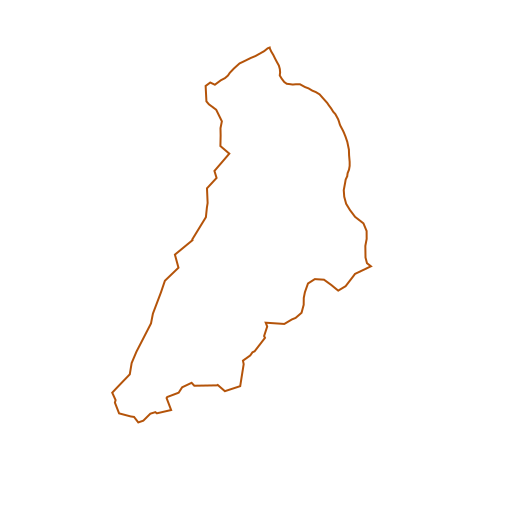 Ibiono Ibom, Akwa Ibom, Nigeria, rotated 22°
{"feature_id": "59680162B99910214526625", "entity_name": "Ibiono Ibom", "entity_type": "district", "adm_level": 2, "iso_a3": "NGA", "parent_name": "Nigeria", "parent_adm1": "Akwa Ibom", "projection": "orthographic", "projection_center": [7.885, 5.181], "detail": "fine", "context": "isolated", "style": "outline", "palette": "amber", "viewbox_px": 512, "rotation_deg": 22, "n_neighbors": 0, "source": "geoboundaries", "source_scale": "gbopen_adm2", "svg_char_len": 1950}
<svg xmlns="http://www.w3.org/2000/svg" viewBox="0 0 512 512"><g transform="rotate(22 256 256)"><path d="M180.1,444.8L188.0,453.2L199.9,451.7L203.2,450.9L209.2,454.4L213.2,450.9L217.1,441.8L221.1,438.5L223.0,439.0L235.0,430.6L226.3,421.2L226.5,420.0L235.5,411.7L236.7,405.4L243.8,397.7L247.4,399.4L268.4,390.5L268.8,389.9L277.8,393.0L278.0,392.8L290.1,382.6L285.1,360.9L283.1,357.9L287.9,350.4L288.8,346.6L290.4,344.9L295.0,328.5L293.5,327.2L292.8,317.2L290.0,314.2L307.7,308.4L313.1,301.3L315.9,298.6L319.5,291.6L318.5,283.4L316.0,277.0L314.9,271.2L314.5,262.0L319.2,255.4L327.9,252.5L336.8,254.7L342.5,256.5L345.2,257.3L350.4,250.4L353.7,238.6L354.5,235.5L366.4,222.5L361.6,221.1L358.1,216.4L353.6,205.7L352.2,198.7L349.2,191.4L343.4,185.5L333.2,182.6L325.9,178.2L320.0,173.8L315.6,168.0L312.7,162.1L311.2,154.7L310.5,151.5L310.7,147.7L310.4,146.9L309.9,144.8L309.9,141.1L309.1,137.4L307.6,133.7L304.6,127.8L302.3,122.6L297.9,116.0L294.1,111.6L293.4,110.9L291.4,108.8L289.7,107.2L285.3,103.5L284.0,102.1L282.6,100.3L280.9,98.4L276.4,94.7L273.5,93.3L270.5,91.1L266.9,88.9L264.7,87.4L258.8,84.5L254.4,82.3L250.0,81.6L246.3,81.6L241.9,80.9L238.2,81.0L232.4,80.3L228.7,81.8L225.8,83.3L222.9,84.0L220.0,84.8L217.0,84.1L213.3,81.9L210.4,79.7L209.6,76.8L208.1,73.8L205.9,70.9L202.2,67.9L199.6,65.7L196.6,63.0L196.3,62.8L193.4,60.6L191.1,58.4L190.6,57.6L189.0,59.1L186.9,62.9L180.6,70.8L177.0,74.3L171.1,80.9L168.6,83.6L165.2,90.6L163.1,95.9L162.4,99.2L160.6,102.7L157.6,106.2L153.7,112.6L148.6,112.3L145.6,117.2L152.1,131.2L155.5,133.0L164.3,135.3L173.9,143.9L175.2,150.8L178.1,157.6L181.8,167.4L192.9,171.1L185.6,192.7L190.2,198.4L185.2,211.6L191.3,225.0L192.3,229.4L195.0,238.8L190.7,264.5L191.2,265.1L180.3,285.1L188.5,295.9L180.8,313.1L181.5,325.3L182.0,348.0L182.9,352.7L183.9,357.8L182.1,377.6L181.0,389.4L180.8,401.8L183.3,413.0L179.7,421.9L175.8,431.7L173.9,436.6L179.8,442.2L180.1,444.8Z" fill="none" stroke="#b45309" stroke-width="2"/></g></svg>